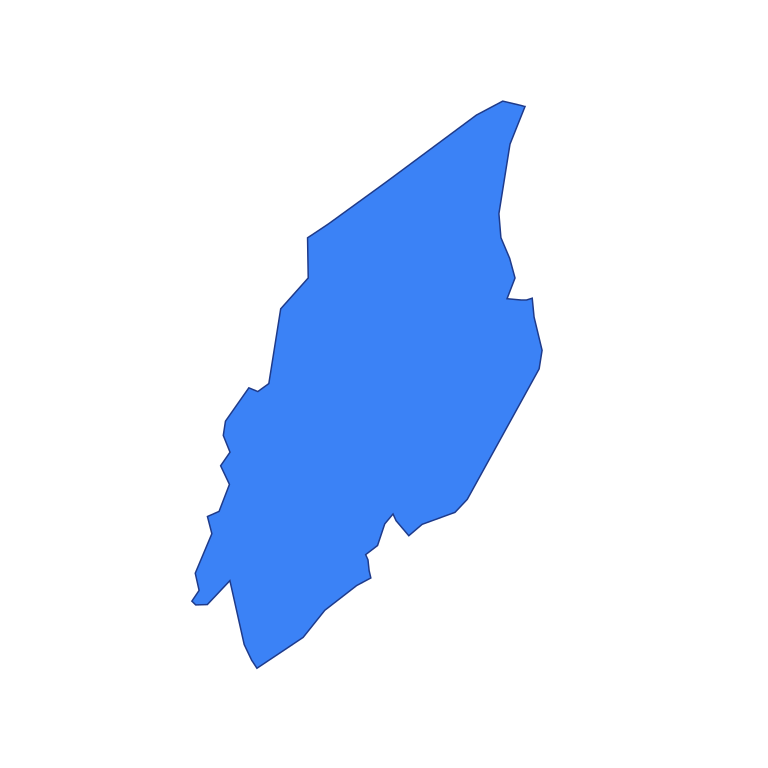 the Unitary District of East Lothian, rotated 116°
{"feature_id": "GBR-2022", "entity_name": "East Lothian", "entity_type": "Unitary District", "adm_level": 1, "iso_a3": "GBR", "parent_name": "United Kingdom", "parent_adm1": "", "projection": "equal_earth", "projection_center": [-2.666, 55.943], "detail": "fine", "context": "isolated", "style": "filled", "palette": "blue", "viewbox_px": 768, "rotation_deg": 116, "n_neighbors": 0, "source": "natural_earth", "source_scale": "10m", "svg_char_len": 874}
<svg xmlns="http://www.w3.org/2000/svg" viewBox="0 0 768 768"><g transform="rotate(116 384 384)"><path d="M72.8,378.9L113.2,375.9L180.5,355.4L201.2,343.1L216.0,326.1L231.3,312.7L253.4,310.8L248.4,297.6L246.0,292.7L241.9,288.4L258.0,278.5L284.4,256.7L302.4,251.2L451.2,258.6L468.2,263.9L493.4,288.2L509.5,295.2L501.6,313.2L496.9,318.9L509.4,322.0L532.0,319.0L545.4,325.7L549.1,321.3L558.2,315.6L564.1,310.8L577.1,320.2L613.3,338.0L647.2,345.6L695.2,373.6L691.0,380.6L690.5,381.6L679.5,395.4L628.3,436.3L659.7,446.1L665.1,456.4L663.4,461.5L650.6,459.7L636.8,470.7L594.0,473.1L580.5,484.6L570.8,476.4L542.0,478.9L529.1,495.0L512.8,492.5L500.7,505.9L486.9,510.2L446.7,503.8L446.1,494.1L434.1,487.7L361.7,509.8L321.9,498.6L286.1,516.8L264.6,504.2L202.3,471.0L101.7,418.8L77.7,401.3L73.5,382.6L72.9,379.1L72.8,378.9Z" fill="#3b82f6" stroke="#1e3a8a" stroke-width="1.5"/></g></svg>